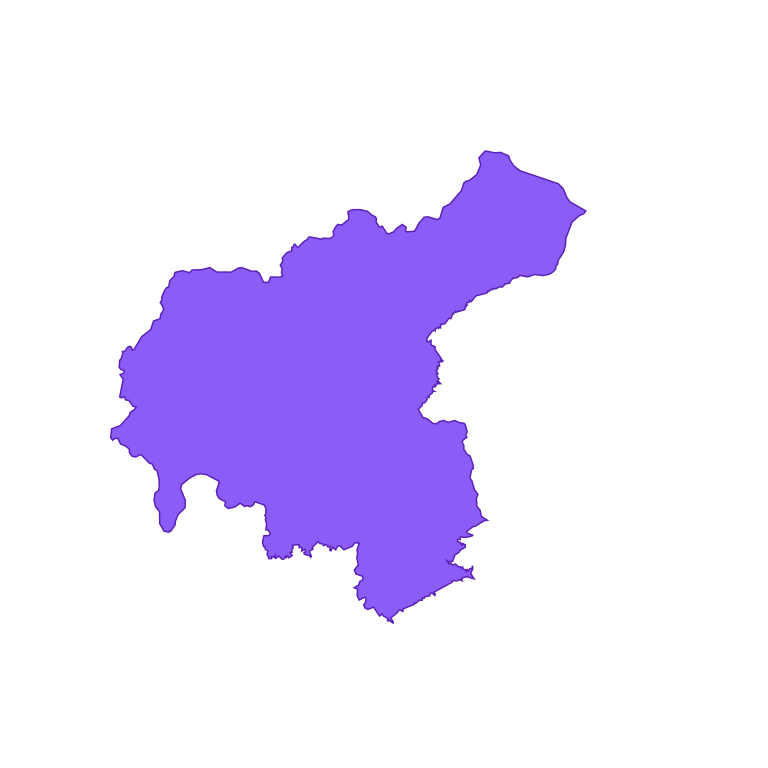 the district of Quininde, Esmeraldas, Ecuador, rotated 325°
{"feature_id": "8360857B19300187334866", "entity_name": "Quininde", "entity_type": "district", "adm_level": 2, "iso_a3": "ECU", "parent_name": "Ecuador", "parent_adm1": "Esmeraldas", "projection": "mercator", "projection_center": [-79.433, 0.315], "detail": "fine", "context": "isolated", "style": "filled", "palette": "violet", "viewbox_px": 768, "rotation_deg": 325, "n_neighbors": 0, "source": "geoboundaries", "source_scale": "gbopen_adm2", "svg_char_len": 6171}
<svg xmlns="http://www.w3.org/2000/svg" viewBox="0 0 768 768"><g transform="rotate(325 384 384)"><path d="M251.2,579.7L251.5,580.6L252.7,580.4L254.2,585.0L255.1,584.3L255.2,579.5L264.0,578.9L266.2,577.8L267.7,578.5L268.8,581.0L271.2,579.3L282.3,581.8L283.0,580.8L284.2,581.8L289.3,581.5L291.3,583.1L292.9,581.3L294.0,582.5L295.2,581.6L299.9,583.7L301.5,582.3L303.4,582.6L304.3,586.4L305.5,585.7L305.5,583.2L326.0,585.4L327.4,584.5L331.1,587.2L333.5,587.7L335.0,589.7L334.9,588.0L336.3,588.6L337.4,587.7L341.5,589.5L346.0,595.3L346.4,588.8L350.6,586.4L352.3,583.6L350.0,585.6L348.6,584.5L346.2,585.3L345.8,583.9L344.7,585.2L343.8,584.9L345.0,583.8L342.6,581.0L343.4,579.1L342.1,579.5L342.0,577.7L340.3,577.0L339.3,572.4L336.7,572.3L335.9,568.8L334.0,568.9L334.1,564.8L335.1,566.7L338.6,568.5L344.1,564.7L348.5,564.9L351.5,563.8L356.9,564.4L358.4,562.2L357.3,560.5L355.8,560.6L356.7,559.6L355.0,558.8L355.7,558.1L354.0,555.0L355.1,553.3L357.1,555.2L358.7,553.1L363.2,556.7L369.2,559.0L370.0,558.7L366.7,554.0L367.0,552.1L375.1,551.9L377.1,552.9L387.6,553.4L390.5,554.9L387.8,548.3L390.3,542.4L389.9,537.4L394.2,530.6L397.6,528.2L397.5,522.1L400.3,514.5L400.5,510.3L406.3,504.7L408.9,504.4L410.8,500.7L413.2,492.3L411.7,489.2L412.1,482.8L413.9,480.7L414.7,476.6L416.6,475.2L421.3,475.2L421.4,472.9L424.7,470.9L427.3,463.6L427.0,462.0L423.5,458.7L420.9,454.4L414.5,452.3L412.2,448.2L407.5,446.4L404.6,446.9L401.5,444.5L399.5,437.3L396.7,433.8L397.6,424.4L402.7,423.6L404.8,421.7L406.7,422.8L409.9,421.7L411.7,419.8L413.5,420.8L414.2,419.3L418.4,419.1L419.4,417.9L421.0,418.9L420.0,416.9L422.2,414.4L424.3,415.5L424.7,414.0L425.5,415.2L426.9,414.0L430.6,416.2L430.0,412.9L428.9,413.4L428.7,412.5L432.1,411.2L431.5,410.2L432.8,405.9L434.1,406.5L434.1,403.4L436.8,402.6L436.5,401.3L438.0,400.1L438.2,401.1L440.1,401.0L441.3,397.2L443.9,399.0L445.5,398.8L444.2,397.1L445.4,397.0L445.7,384.5L447.3,382.9L444.9,378.9L447.6,375.2L444.0,374.9L443.9,372.9L445.8,371.0L453.6,368.5L456.2,368.6L456.5,369.7L457.3,368.5L460.5,368.6L460.7,369.8L462.0,369.4L462.5,370.4L464.5,367.7L468.4,369.6L475.0,367.4L476.2,368.8L480.9,365.7L481.1,366.4L483.2,365.7L484.1,366.6L484.6,365.7L486.2,367.3L493.2,369.4L494.4,367.6L495.8,367.7L496.1,366.4L497.3,366.9L496.8,365.9L498.7,365.1L500.4,365.9L502.1,364.7L502.7,366.6L509.7,364.5L518.9,368.0L521.2,368.3L522.7,367.3L523.1,368.3L525.5,367.8L527.2,369.1L528.6,368.4L530.1,370.2L534.3,370.6L536.4,372.4L540.7,371.6L544.8,373.5L546.4,372.2L550.5,371.4L554.5,373.4L557.5,372.9L563.2,378.7L570.2,380.7L576.5,386.4L581.9,388.7L586.5,389.1L590.1,388.5L592.5,386.1L595.1,385.4L597.2,382.8L606.6,379.0L612.0,374.6L616.6,368.9L630.9,359.2L640.2,358.1L645.3,359.1L648.6,358.0L640.8,341.5L640.7,336.2L642.8,326.8L641.6,319.9L617.7,287.3L615.4,279.8L615.6,273.1L616.9,268.7L612.5,261.3L607.1,258.0L600.9,251.4L599.7,251.3L591.5,253.2L588.8,260.1L580.1,265.7L570.5,266.2L567.5,264.9L564.8,265.1L558.4,270.0L541.2,274.3L533.8,273.3L525.1,280.1L521.9,279.9L516.1,272.4L512.5,270.4L504.8,272.4L496.7,276.4L489.9,272.4L489.5,270.9L492.0,268.3L490.5,263.8L483.1,263.8L479.4,264.9L474.7,264.0L472.8,262.5L473.0,253.6L470.3,253.2L470.2,250.7L470.6,246.5L472.8,243.9L472.7,241.8L470.7,238.2L469.6,233.1L464.4,227.4L457.8,222.9L453.3,222.1L450.4,228.0L448.7,229.0L440.4,229.5L437.8,226.9L435.6,227.1L429.9,229.8L427.7,233.9L423.2,233.9L417.8,229.6L416.2,229.8L407.7,221.1L406.3,220.5L403.6,221.7L400.1,221.3L392.4,222.8L391.4,221.9L391.2,218.3L389.9,218.4L388.2,219.6L386.8,219.2L384.9,222.0L379.6,220.7L373.0,222.4L371.5,225.4L367.2,227.2L366.7,231.6L364.1,233.7L362.8,237.5L359.7,236.6L352.5,231.3L347.6,234.5L343.7,231.6L345.4,221.9L344.3,218.4L340.5,216.0L334.2,207.1L331.7,205.6L323.1,204.8L311.0,196.2L308.2,188.8L300.5,185.9L292.2,180.6L288.6,181.3L283.9,175.6L276.8,172.7L273.7,175.4L267.9,176.5L263.3,180.9L261.3,180.4L257.8,181.6L251.5,185.5L250.6,187.5L247.4,189.0L247.4,192.8L245.9,197.0L241.2,198.8L237.9,202.1L231.4,200.2L223.9,205.7L212.9,206.2L198.8,212.5L197.4,212.1L198.1,208.8L197.3,207.2L194.8,206.9L190.8,208.6L188.3,207.4L187.4,209.3L183.2,212.6L181.1,213.0L176.7,218.4L176.7,220.8L178.5,223.2L178.3,225.0L177.2,225.7L173.1,225.0L173.2,230.4L160.1,243.0L160.9,244.8L163.7,245.2L163.4,249.1L165.6,251.1L165.6,258.3L167.9,260.6L165.1,261.7L159.8,261.7L157.0,263.9L144.0,266.8L135.2,264.5L129.3,271.2L129.5,274.4L132.6,274.3L134.8,276.0L133.8,282.1L136.8,286.7L138.0,291.2L136.1,294.3L136.2,298.7L138.7,301.3L144.5,302.4L146.3,314.0L148.3,316.8L147.1,322.1L148.5,324.5L145.6,332.0L141.1,339.3L138.3,341.8L133.7,342.1L128.9,347.5L126.5,353.3L126.9,359.8L120.2,369.8L119.4,378.4L122.8,382.0L124.1,381.4L124.9,382.3L132.2,379.5L134.3,376.9L140.3,372.9L149.9,371.3L154.5,365.4L157.3,353.3L160.3,350.4L170.5,349.5L178.0,350.4L182.4,352.4L186.6,356.4L192.9,368.6L191.9,370.7L185.6,375.2L183.6,379.3L183.3,383.3L186.6,389.4L183.8,392.5L185.0,396.6L191.4,399.2L197.8,399.1L199.7,404.5L202.4,405.4L203.9,407.7L207.1,408.2L210.8,406.4L216.5,414.5L215.9,418.3L212.5,422.8L211.0,423.2L211.0,425.3L208.9,427.3L207.7,431.1L203.6,435.7L205.0,436.6L205.2,441.3L202.7,442.1L198.6,439.4L193.6,444.0L192.2,448.2L193.2,449.3L191.9,451.0L193.1,454.3L190.7,456.1L189.6,461.2L191.8,462.5L192.7,460.8L193.9,462.2L197.0,462.0L194.9,463.6L195.2,464.7L199.3,464.8L199.9,469.0L202.3,470.1L204.2,468.8L204.6,470.1L206.2,469.4L206.4,471.8L210.3,471.9L210.4,468.2L212.2,469.1L213.9,466.3L215.7,466.1L216.5,463.5L222.4,467.0L220.6,469.4L222.6,470.2L222.7,471.7L220.8,473.6L224.5,474.0L223.6,476.7L221.8,476.1L221.1,477.8L224.6,482.1L224.6,483.9L225.7,483.5L226.8,478.2L231.3,478.5L231.0,476.9L239.5,475.3L240.0,477.8L242.3,480.2L241.6,481.6L244.3,482.2L244.7,485.3L246.7,485.9L244.3,489.3L244.9,490.2L248.2,488.1L249.3,492.1L253.3,490.2L254.9,491.1L256.1,496.8L264.7,498.7L269.3,497.4L272.4,500.2L266.8,504.3L265.1,507.8L262.1,510.7L259.3,517.4L252.9,519.4L252.1,523.6L256.0,528.9L255.7,530.7L253.8,532.3L251.0,531.8L248.1,534.1L242.7,533.8L244.8,536.7L240.8,541.6L239.7,546.7L245.8,547.6L246.3,549.1L243.7,552.4L240.7,553.2L240.0,556.4L241.5,559.4L247.5,560.8L247.3,571.6L250.7,571.2L250.5,573.8L252.8,578.5L251.2,579.7Z" fill="#8b5cf6" stroke="#5b21b6" stroke-width="1.5"/></g></svg>